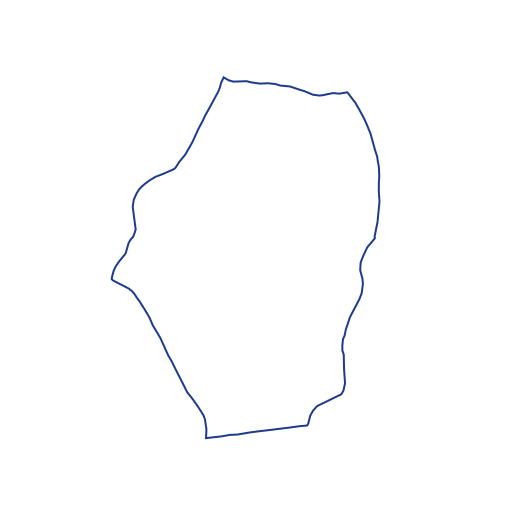 Zacualpa, Quiché, Guatemala (Albers equal-area conic projection), rotated 114°
{"feature_id": "79465075B97254104766130", "entity_name": "Zacualpa", "entity_type": "district", "adm_level": 2, "iso_a3": "GTM", "parent_name": "Guatemala", "parent_adm1": "Quiché", "projection": "albers", "projection_center": [-90.884, 15.093], "detail": "fine", "context": "isolated", "style": "outline", "palette": "blue", "viewbox_px": 512, "rotation_deg": 114, "n_neighbors": 0, "source": "geoboundaries", "source_scale": "gbopen_adm2", "svg_char_len": 1812}
<svg xmlns="http://www.w3.org/2000/svg" viewBox="0 0 512 512"><g transform="rotate(114 256 256)"><path d="M191.5,154.6L189.8,155.6L175.6,158.8L156.1,165.3L146.4,170.4L138.5,173.8L133.3,175.7L124.8,179.9L119.8,183.3L116.1,185.6L110.7,190.4L97.5,201.3L90.7,208.4L86.4,213.2L80.1,221.4L77.2,225.4L75.5,227.7L74.1,230.4L69.3,239.1L73.8,245.9L75.9,252.0L82.2,260.8L83.7,263.5L85.5,269.6L85.7,278.7L86.3,283.2L87.3,293.9L90.4,303.1L91.0,308.2L93.2,315.0L96.8,322.3L97.8,325.5L99.4,331.4L100.1,335.6L105.9,347.6L106.6,352.3L106.0,358.2L112.2,358.3L116.2,357.6L120.6,357.3L140.2,358.8L148.5,359.6L153.6,359.6L163.1,360.3L177.3,360.4L184.0,361.0L192.3,361.9L201.4,364.4L206.8,365.2L208.6,365.6L210.1,366.4L218.7,374.2L224.6,380.1L230.1,383.9L235.0,386.7L239.0,388.6L242.8,389.9L247.1,390.5L251.4,390.6L254.6,390.5L261.3,388.6L280.7,376.7L285.0,376.2L288.7,376.1L291.5,377.1L295.6,377.7L306.3,376.2L308.3,376.5L309.9,377.0L316.6,378.8L322.8,380.0L327.3,380.0L331.5,379.4L334.6,378.8L335.8,378.4L336.4,377.0L336.6,375.6L337.5,359.2L338.5,355.2L340.1,351.7L342.5,348.0L344.8,343.9L350.9,334.9L352.5,332.5L354.2,330.2L355.9,327.9L361.3,322.1L369.9,309.9L382.3,296.0L386.9,289.7L392.6,282.9L401.9,271.4L408.4,263.5L412.4,255.8L414.7,251.9L416.4,249.0L419.0,245.1L420.2,243.1L421.4,241.6L422.9,239.2L426.1,236.1L434.5,230.8L442.7,227.6L434.8,214.1L430.1,207.2L426.7,200.4L419.9,190.2L414.9,182.0L407.9,170.2L404.5,164.6L399.0,155.4L394.0,147.4L390.1,140.4L387.7,140.1L380.0,141.5L374.2,141.0L368.5,139.2L366.9,138.0L347.6,121.8L343.3,121.4L336.0,122.9L324.2,129.2L310.3,135.8L307.1,138.7L302.7,140.7L296.6,142.7L292.6,142.7L286.8,144.0L273.6,145.3L253.4,144.0L247.2,144.3L238.2,146.9L233.6,149.4L227.4,154.4L226.4,155.1L219.5,157.7L213.5,158.1L202.9,157.9L191.5,154.6Z" fill="none" stroke="#1e3a8a" stroke-width="2"/></g></svg>